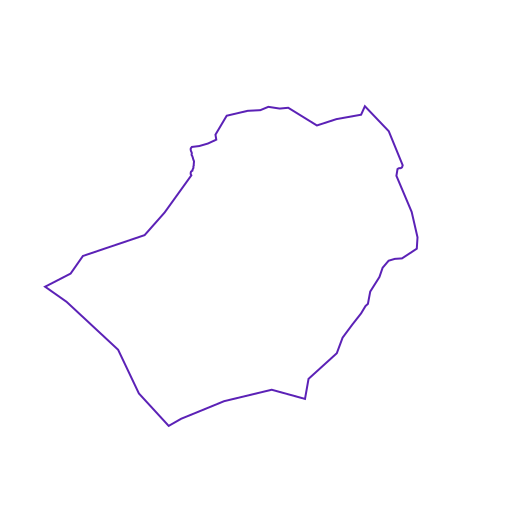 the district of Nariinteel, Övörhangay, Mongolia, rotated 43°
{"feature_id": "93677404B10303080752591", "entity_name": "Nariinteel", "entity_type": "district", "adm_level": 2, "iso_a3": "MNG", "parent_name": "Mongolia", "parent_adm1": "Övörhangay", "projection": "natural_earth1", "projection_center": [101.463, 45.858], "detail": "fine", "context": "isolated", "style": "outline", "palette": "violet", "viewbox_px": 512, "rotation_deg": 43, "n_neighbors": 0, "source": "geoboundaries", "source_scale": "gbopen_adm2", "svg_char_len": 1244}
<svg xmlns="http://www.w3.org/2000/svg" viewBox="0 0 512 512"><g transform="rotate(43 256 256)"><path d="M308.0,439.8L312.3,426.0L331.7,383.9L358.7,343.1L389.3,327.1L378.2,310.0L381.4,272.0L375.0,256.6L373.2,240.4L372.0,226.3L370.2,217.9L370.5,214.7L363.8,204.1L360.6,187.2L356.6,178.2L356.2,169.0L359.5,163.4L364.4,158.2L368.6,141.0L361.4,132.2L339.8,117.6L304.0,101.6L300.2,95.9L300.4,95.0L300.8,94.1L301.5,93.5L301.9,93.1L302.1,92.5L302.3,91.7L302.1,91.0L301.8,90.5L301.4,89.6L268.0,74.2L233.5,72.2L236.5,81.0L221.5,101.0L211.5,119.0L178.5,125.6L172.8,132.0L163.3,138.5L159.7,146.4L150.9,155.5L138.9,173.4L143.6,194.9L147.6,198.0L144.1,206.6L139.5,214.3L134.7,220.0L134.9,221.8L135.7,222.8L136.9,223.6L138.2,224.1L139.0,224.6L139.5,225.5L140.2,226.1L141.1,226.3L142.0,226.8L142.8,227.2L143.6,227.8L144.3,228.1L145.1,228.6L145.9,228.9L146.5,229.5L147.0,230.2L147.7,231.1L148.3,231.8L148.8,232.3L149.0,233.0L149.6,233.7L150.1,234.2L150.3,234.7L150.5,235.5L150.8,236.3L151.3,236.9L151.2,237.4L151.0,238.0L151.0,238.6L151.2,239.2L151.7,239.9L152.3,240.6L152.8,240.8L153.7,241.1L159.5,286.5L160.3,316.7L129.4,374.0L132.4,395.3L122.7,422.3L148.8,418.7L219.1,418.6L264.1,436.4L308.0,439.8Z" fill="none" stroke="#5b21b6" stroke-width="2"/></g></svg>